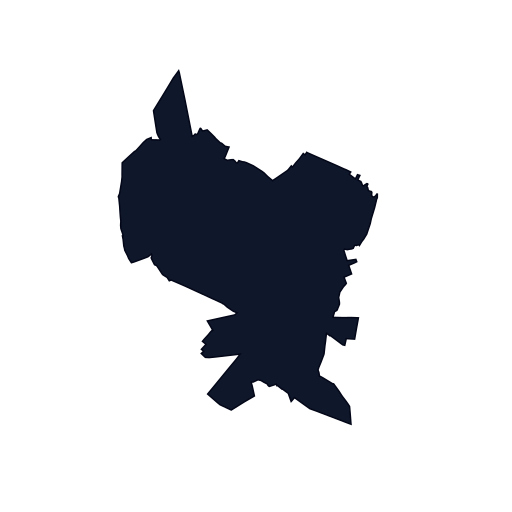 Chisineu-Cris, Arad, Romania (Equal Earth projection), rotated 316°
{"feature_id": "2599482B81986259472727", "entity_name": "Chisineu-Cris", "entity_type": "district", "adm_level": 2, "iso_a3": "ROU", "parent_name": "Romania", "parent_adm1": "Arad", "projection": "equal_earth", "projection_center": [21.526, 46.496], "detail": "fine", "context": "isolated", "style": "filled", "palette": "ink", "viewbox_px": 512, "rotation_deg": 316, "n_neighbors": 0, "source": "geoboundaries", "source_scale": "gbopen_adm2", "svg_char_len": 4614}
<svg xmlns="http://www.w3.org/2000/svg" viewBox="0 0 512 512"><g transform="rotate(316 256 256)"><path d="M216.7,431.8L217.6,430.7L218.8,429.2L219.3,426.7L219.8,423.5L220.2,420.3L220.5,417.5L220.9,415.1L221.7,411.2L222.5,405.7L222.7,404.0L223.0,402.3L223.0,401.8L222.4,401.2L219.5,390.1L218.6,387.2L218.3,386.9L218.1,386.6L219.2,385.1L220.4,383.4L221.1,381.7L221.5,381.0L222.0,380.7L223.9,379.7L229.2,377.4L233.2,375.5L236.4,374.0L237.4,373.3L243.5,368.2L246.6,365.8L253.0,360.5L253.3,362.0L253.7,364.5L254.1,364.4L254.5,366.6L255.6,373.4L256.4,378.5L256.7,380.2L257.8,381.9L260.1,380.4L262.5,378.8L263.5,378.1L269.2,384.3L277.7,378.1L285.5,372.5L286.4,371.8L286.7,371.6L283.1,367.8L281.0,365.7L275.8,360.8L269.4,354.3L268.8,353.5L274.1,350.5L274.8,350.9L276.4,351.3L277.6,350.9L279.2,350.1L280.9,349.4L282.6,348.6L284.0,347.1L286.4,343.6L286.7,343.2L289.2,341.6L291.1,340.3L291.8,340.1L293.8,339.7L296.8,339.0L298.4,338.8L300.6,338.7L302.0,338.4L304.6,332.4L312.3,335.3L316.2,327.1L322.2,329.4L324.5,330.1L325.5,327.8L318.3,322.7L319.4,320.4L320.9,317.3L322.1,315.0L323.0,313.0L324.4,312.5L326.1,314.9L328.5,316.4L328.8,316.7L329.8,317.4L331.3,318.0L333.0,317.3L334.2,316.9L334.6,317.1L335.0,317.4L335.6,318.3L336.8,318.7L337.3,318.9L337.7,319.3L337.6,320.2L337.6,320.3L341.0,319.4L342.1,319.1L345.0,318.7L350.8,317.2L352.5,316.3L360.6,312.1L364.9,309.2L374.6,303.8L380.3,300.2L382.1,299.0L383.7,298.4L386.3,295.8L386.1,295.4L383.8,295.8L382.0,295.6L381.3,294.9L381.1,293.8L381.3,292.7L383.6,290.6L383.7,289.6L382.6,288.0L382.6,287.0L382.7,286.1L383.6,284.9L383.9,284.2L384.1,283.2L384.4,282.7L385.7,282.3L386.4,282.0L386.4,281.5L386.0,280.9L384.1,280.5L382.0,280.1L381.6,279.2L382.2,277.9L382.9,276.3L382.7,275.5L383.2,275.2L382.0,272.0L386.7,270.2L385.5,268.0L382.8,269.0L382.1,269.2L381.0,269.4L379.9,262.3L379.9,262.0L380.2,261.9L382.5,261.4L382.3,260.8L380.6,256.2L379.8,254.5L378.6,251.5L376.8,246.9L371.8,234.7L366.9,222.8L364.5,216.9L364.5,216.7L361.5,217.3L361.2,215.1L354.8,216.2L352.5,216.4L349.5,216.6L343.9,217.4L344.0,215.7L339.4,216.3L337.9,216.3L334.7,215.8L324.0,214.0L320.5,213.3L320.3,213.4L319.6,206.9L319.5,201.7L319.1,199.3L316.7,189.2L313.9,182.1L312.7,179.9L312.0,179.3L309.9,175.5L307.6,176.1L306.9,175.8L306.6,175.2L306.6,174.6L306.8,173.0L306.6,170.9L305.3,169.7L301.8,167.2L300.7,163.8L302.9,163.1L312.3,158.9L310.0,155.6L309.6,151.0L308.9,149.8L308.6,142.9L308.4,142.2L308.8,142.1L308.7,137.1L308.5,131.4L304.5,129.1L304.5,128.4L304.7,126.8L304.9,126.1L304.8,125.6L304.4,125.4L301.1,126.7L299.5,127.4L298.6,127.6L297.8,127.5L297.0,126.0L296.4,126.0L296.1,126.1L295.8,126.2L294.9,126.0L294.1,125.8L293.2,125.6L313.3,94.4L328.3,70.6L328.5,70.2L329.1,69.0L321.0,70.4L320.7,70.4L311.4,72.9L302.3,75.3L283.3,80.2L283.1,80.4L274.7,92.3L270.5,98.3L269.8,99.8L268.9,102.3L268.5,104.2L268.4,105.7L267.0,105.7L266.9,105.3L266.7,105.0L266.2,104.5L265.0,103.3L262.1,100.4L261.8,100.1L261.7,99.8L261.7,99.7L261.8,99.2L262.1,98.8L262.8,98.0L258.8,96.4L258.3,96.2L257.7,96.2L254.6,96.1L253.4,96.1L250.9,96.3L248.6,96.5L243.4,96.8L242.3,96.8L242.1,96.8L241.8,96.7L241.4,96.4L234.4,96.2L224.5,96.0L223.3,97.2L216.3,104.3L214.6,106.1L211.0,109.1L201.2,116.4L198.5,117.5L198.1,117.8L197.6,119.0L192.5,125.5L188.0,130.8L185.5,133.8L183.0,137.0L179.9,139.9L177.8,142.5L175.7,147.0L174.6,149.1L173.9,148.7L171.9,151.8L168.3,156.4L167.6,157.4L166.6,159.2L165.6,160.7L163.8,166.6L162.7,169.3L161.7,174.3L164.0,175.5L170.3,178.3L172.1,179.1L177.7,181.5L182.1,182.0L181.8,182.7L181.2,183.7L179.6,184.3L179.1,184.9L178.6,186.4L177.0,191.6L177.0,192.0L177.7,193.4L177.8,194.4L176.5,201.3L176.0,203.9L176.0,204.9L176.4,206.6L177.2,209.7L176.4,213.6L177.4,214.0L178.3,214.4L181.6,222.3L184.2,228.6L195.3,257.1L198.8,266.0L199.0,267.3L199.5,268.4L199.8,272.8L201.3,280.0L203.0,283.7L199.8,283.6L175.9,268.9L173.3,279.5L172.7,279.4L172.5,279.0L170.1,279.1L167.1,279.5L160.8,279.9L158.2,280.2L158.7,284.8L151.9,285.2L152.2,288.2L148.9,288.1L149.1,293.2L149.2,293.8L151.7,296.5L156.9,300.6L176.5,315.6L170.0,316.6L158.2,317.9L134.2,320.7L125.3,321.7L126.1,330.8L126.4,334.4L126.8,338.0L131.2,349.6L146.3,352.8L157.6,355.6L162.9,347.0L164.9,343.3L166.4,344.7L171.4,346.4L173.1,349.0L173.6,350.9L173.9,351.4L173.8,351.7L174.3,353.2L175.2,355.8L175.0,356.5L174.8,357.3L174.8,358.0L174.8,358.4L175.0,359.1L181.6,362.3L181.4,362.7L180.9,363.9L181.5,364.2L182.2,369.9L182.6,370.2L183.6,376.0L183.8,377.2L180.2,385.1L180.4,385.1L185.3,384.6L187.4,396.2L188.7,403.3L191.9,409.8L193.9,414.1L205.7,439.3L206.5,441.0L207.5,443.0L207.8,442.6L212.7,436.7L216.7,431.8Z" fill="#0f172a" stroke="#020617" stroke-width="1.5"/></g></svg>